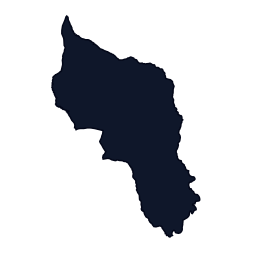 the district of Chordeleg, Azuay, Ecuador, rotated 189°
{"feature_id": "8360857B12860339410526", "entity_name": "Chordeleg", "entity_type": "district", "adm_level": 2, "iso_a3": "ECU", "parent_name": "Ecuador", "parent_adm1": "Azuay", "projection": "orthographic", "projection_center": [-78.733, -2.983], "detail": "fine", "context": "isolated", "style": "filled", "palette": "ink", "viewbox_px": 256, "rotation_deg": 189, "n_neighbors": 0, "source": "geoboundaries", "source_scale": "gbopen_adm2", "svg_char_len": 5768}
<svg xmlns="http://www.w3.org/2000/svg" viewBox="0 0 256 256"><g transform="rotate(189 128 128)"><path d="M203.7,188.6L203.3,187.6L203.4,184.6L202.7,182.0L202.4,180.1L202.8,174.9L202.7,173.9L203.7,173.1L204.7,171.7L207.3,169.5L207.9,169.3L208.6,168.2L209.1,167.8L210.0,166.5L210.0,166.0L209.7,165.8L209.6,165.2L210.0,163.3L209.7,162.8L209.6,161.9L209.8,161.3L209.9,160.4L209.6,160.0L208.8,159.7L209.1,158.9L209.6,158.8L209.5,157.6L209.2,156.4L209.4,155.9L208.8,155.6L208.5,155.0L208.6,154.1L208.1,153.4L207.8,153.2L207.3,153.3L207.4,152.6L207.1,151.6L206.2,151.3L206.3,150.7L206.0,150.4L206.0,149.9L204.7,147.9L204.2,147.5L204.0,146.9L203.8,146.6L203.2,146.6L203.6,144.0L203.2,143.4L203.3,142.8L202.9,142.3L203.1,141.6L203.0,140.9L203.2,140.5L202.6,140.3L202.8,139.7L202.4,139.5L202.4,139.2L201.4,138.4L200.6,138.2L199.5,138.3L199.6,138.0L199.4,137.8L198.5,138.3L198.6,138.7L198.2,138.7L197.7,138.2L197.7,137.6L197.5,137.3L197.1,137.2L196.6,137.8L196.2,137.8L195.9,137.5L195.9,136.7L195.1,136.2L194.2,136.4L193.3,136.0L191.4,135.7L190.9,135.3L189.0,135.5L189.0,135.2L190.3,135.0L191.1,134.4L190.4,134.1L190.2,133.6L189.4,133.5L189.3,132.8L188.7,132.8L188.4,132.5L188.6,132.1L188.2,131.2L186.9,130.0L184.7,126.9L182.1,124.8L181.4,123.7L180.8,122.1L180.8,119.9L179.9,119.7L179.0,118.2L178.3,118.8L176.9,119.5L175.4,120.0L171.4,120.7L168.2,121.8L164.7,122.3L160.6,122.3L152.3,121.6L152.1,119.8L152.1,118.1L152.6,115.9L152.6,114.6L153.1,112.6L153.8,110.4L153.2,109.2L151.0,106.8L149.4,104.6L146.7,101.6L146.2,101.4L147.0,98.8L147.5,97.9L148.0,97.5L148.2,97.0L148.3,94.9L147.7,93.4L143.8,94.7L142.9,94.9L140.9,94.8L139.3,94.1L135.9,93.8L134.9,93.9L133.9,94.8L131.3,94.6L128.4,94.9L126.8,94.4L124.4,94.5L123.6,93.9L122.9,93.9L122.2,93.4L121.9,92.8L121.0,92.1L120.4,91.1L119.1,90.0L118.8,89.3L118.4,89.2L117.4,88.4L117.3,88.1L117.5,87.4L116.6,86.7L116.1,84.7L115.6,83.9L115.5,83.1L115.7,82.3L115.5,80.4L114.8,79.6L113.7,78.8L113.4,78.4L112.7,78.1L112.1,77.1L111.7,75.9L111.7,75.1L110.5,73.3L110.9,72.0L109.9,70.4L109.6,69.5L109.9,68.2L109.2,67.4L108.3,65.8L106.6,64.0L106.2,63.0L105.4,59.3L104.8,58.5L103.6,57.8L103.2,56.7L103.0,54.4L102.3,52.9L101.9,51.5L102.2,50.1L101.4,48.8L100.2,49.0L99.9,48.8L100.0,48.0L99.4,47.9L98.8,47.5L98.6,46.4L97.9,45.1L96.2,43.0L94.6,42.4L93.5,41.8L93.1,41.3L93.0,40.3L92.4,39.8L91.9,38.7L91.0,38.3L90.7,37.8L90.0,37.8L89.5,37.4L88.8,36.4L87.0,34.7L84.8,34.8L84.0,35.3L83.0,35.5L82.1,36.2L81.5,36.4L80.9,36.1L80.1,36.3L79.3,36.0L79.0,35.6L78.8,34.8L74.7,30.6L74.5,30.3L74.8,30.0L74.6,29.5L73.9,29.6L73.4,29.0L73.3,28.3L72.8,27.9L71.3,28.3L71.3,28.0L70.7,27.7L70.7,27.2L70.4,27.1L70.1,27.2L69.7,26.9L69.4,27.0L68.6,28.1L67.3,28.8L68.1,29.7L68.2,31.6L67.9,32.7L66.9,34.1L66.5,34.2L65.9,34.0L65.4,33.4L64.8,32.3L64.3,32.0L61.7,31.9L60.1,32.6L59.1,33.9L58.6,35.5L58.6,36.6L59.0,38.3L58.9,41.4L59.1,42.4L59.1,44.0L59.5,45.4L55.3,48.9L54.3,50.5L54.0,51.4L54.0,53.8L53.5,55.7L53.0,55.8L52.4,55.4L51.7,53.7L51.2,53.5L50.5,54.7L49.9,56.6L49.2,57.2L48.0,57.9L48.0,58.6L48.6,59.8L50.4,61.6L52.1,61.9L52.2,62.6L51.9,63.1L50.2,63.5L49.8,65.0L49.9,65.7L49.7,66.2L47.1,66.9L46.3,67.3L46.0,67.7L46.0,68.9L46.7,70.7L47.5,71.7L48.5,72.6L49.1,73.0L51.6,73.0L53.1,74.7L53.2,75.2L54.8,76.1L55.5,76.7L56.0,77.7L56.7,77.8L57.2,77.4L57.5,77.4L59.1,80.6L59.3,82.1L59.2,83.0L58.5,84.1L56.8,84.7L56.1,85.7L54.6,86.7L53.9,87.8L54.0,88.5L54.7,89.5L55.4,90.0L57.2,89.8L59.4,90.5L60.3,91.4L61.3,93.2L61.4,95.2L63.4,95.5L64.3,96.0L65.4,98.3L66.5,99.4L66.6,100.2L69.6,102.0L70.3,103.9L70.6,104.0L72.5,104.1L73.5,105.1L74.1,105.4L74.4,105.8L74.8,107.6L75.6,108.7L75.7,110.0L76.6,111.2L76.9,113.2L76.2,115.0L75.8,116.6L75.6,119.1L76.3,120.6L74.9,123.3L74.9,126.9L75.5,128.6L77.0,130.4L77.3,131.1L77.3,133.8L76.8,134.7L76.2,137.6L76.2,139.5L76.4,140.6L75.8,141.7L75.9,143.8L75.2,144.6L76.3,145.5L76.5,147.1L77.0,148.1L77.6,148.5L78.9,148.4L80.0,149.2L80.9,149.3L81.0,149.6L80.8,150.6L81.0,151.2L81.5,151.6L82.8,151.9L83.1,152.1L82.8,154.0L83.0,154.4L83.6,155.1L84.8,155.5L85.5,156.1L85.6,157.4L86.0,157.8L86.2,158.6L86.8,159.2L87.3,160.6L87.4,162.9L89.2,165.6L89.0,166.9L89.2,168.2L89.0,169.6L89.5,173.3L89.1,176.5L90.1,177.9L91.1,179.7L91.4,180.9L93.6,182.3L95.6,182.4L98.5,182.8L99.3,185.2L100.2,186.5L100.1,187.4L100.4,188.1L100.8,188.5L102.0,189.2L102.4,189.6L102.5,190.5L103.2,191.2L103.8,191.6L104.8,191.3L105.6,191.3L106.7,192.0L107.9,192.5L108.9,192.2L110.3,192.3L110.6,192.5L111.5,194.2L112.0,194.5L112.4,194.5L113.0,194.0L115.1,195.0L116.4,195.4L117.5,194.9L119.9,194.3L120.5,193.7L121.3,194.1L121.8,194.1L123.0,193.8L124.1,194.3L124.8,194.0L125.3,194.1L126.1,193.6L126.4,193.5L128.7,194.8L130.2,196.6L131.9,196.8L133.0,197.3L133.3,197.9L136.2,198.5L136.7,198.4L138.2,197.3L139.1,197.1L140.1,196.0L142.2,195.3L144.3,194.2L147.6,193.8L148.7,194.8L150.1,195.3L151.9,196.9L154.4,198.3L155.6,198.4L156.6,199.0L157.7,198.9L158.5,199.5L159.1,199.5L159.9,200.1L161.0,200.1L162.2,200.5L163.0,200.4L164.5,201.1L166.3,201.6L167.7,201.7L172.0,204.7L172.7,205.0L173.2,205.0L173.7,205.6L174.4,205.7L174.6,205.7L174.8,205.4L175.2,205.3L175.0,206.4L176.4,207.1L177.2,207.1L178.1,208.0L178.6,208.2L179.3,208.2L180.0,208.7L180.5,208.8L181.4,208.9L183.7,208.5L185.8,208.9L187.6,209.0L189.4,209.8L190.2,210.3L190.5,210.7L191.2,210.7L191.3,211.2L192.4,211.4L192.9,211.1L193.5,211.2L193.7,211.8L194.3,211.4L194.5,211.5L195.1,212.1L195.2,212.9L195.4,213.0L195.8,212.8L196.0,213.0L196.8,213.9L197.1,214.8L197.6,214.8L197.7,215.4L198.6,216.3L198.7,216.9L199.1,217.3L199.1,218.1L200.7,220.5L201.3,220.9L201.8,222.2L203.9,225.3L204.6,228.0L205.5,228.5L206.0,229.0L206.6,228.1L207.1,224.8L208.6,218.7L208.6,214.2L208.1,210.8L205.7,206.9L205.1,205.2L203.9,199.5L202.5,197.7L202.6,196.6L202.9,195.2L202.8,193.1L203.5,190.7L203.7,188.6Z" fill="#0f172a" stroke="#020617" stroke-width="1.5"/></g></svg>